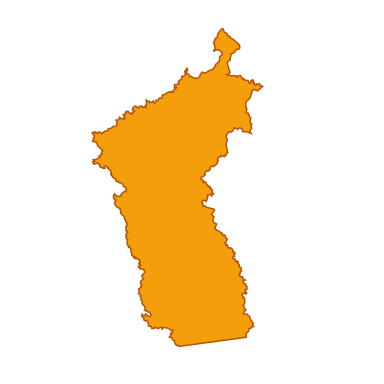 Altamira, Pará, Brazil, rotated 348°
{"feature_id": "56859067B40794450496810", "entity_name": "Altamira", "entity_type": "district", "adm_level": 2, "iso_a3": "BRA", "parent_name": "Brazil", "parent_adm1": "Pará", "projection": "mercator", "projection_center": [-53.684, -6.317], "detail": "fine", "context": "isolated", "style": "filled", "palette": "amber", "viewbox_px": 384, "rotation_deg": 348, "n_neighbors": 0, "source": "geoboundaries", "source_scale": "gbopen_adm2", "svg_char_len": 6052}
<svg xmlns="http://www.w3.org/2000/svg" viewBox="0 0 384 384"><g transform="rotate(348 192 192)"><path d="M268.7,61.0L269.0,58.1L264.1,51.3L261.5,49.2L261.8,48.0L259.2,46.0L259.3,44.4L256.7,42.1L256.4,39.0L255.0,38.6L250.4,42.2L248.5,46.5L246.5,46.6L245.6,49.1L244.7,49.4L244.0,50.7L244.6,51.7L244.4,56.7L242.0,59.0L245.3,58.0L248.2,58.9L250.6,62.1L250.2,63.5L247.3,65.4L245.9,69.9L241.5,72.2L241.1,73.5L237.1,76.8L234.8,76.6L229.7,78.5L226.8,76.8L224.1,79.3L223.7,80.9L220.1,81.9L216.4,80.1L215.4,78.7L213.8,78.9L213.3,76.1L211.7,75.5L211.5,73.2L213.2,71.9L212.8,70.0L209.8,72.8L210.2,75.3L209.7,76.0L207.4,77.2L206.0,76.7L205.7,79.1L202.3,80.4L201.3,81.6L201.9,82.6L201.4,83.7L197.2,83.4L196.6,86.4L198.4,86.3L197.8,87.5L194.9,88.6L194.5,90.6L193.4,89.5L191.8,90.2L191.3,89.2L188.6,89.6L185.5,91.1L183.3,90.8L181.9,94.1L179.5,93.4L177.8,95.0L175.8,94.8L175.8,96.1L174.1,97.2L172.9,96.3L173.2,95.0L171.1,96.0L169.0,95.5L169.2,94.3L167.8,94.4L166.4,92.5L165.5,97.1L164.1,98.0L164.6,99.4L163.9,98.9L161.5,99.4L161.3,97.8L158.6,97.1L156.9,98.6L154.7,96.2L153.1,96.4L151.8,97.3L150.7,100.0L152.6,100.8L149.9,103.1L149.5,102.1L148.6,103.0L147.5,102.4L146.3,99.8L144.2,99.5L144.0,100.9L143.4,100.7L142.1,102.6L140.9,102.2L141.7,104.0L140.8,104.7L141.7,106.1L141.2,106.5L138.7,106.2L136.7,103.8L136.0,105.2L134.2,106.2L132.7,105.9L133.2,109.3L131.2,111.9L128.5,111.5L125.7,113.0L123.4,112.6L122.3,114.4L119.2,114.5L116.1,116.1L113.9,113.9L112.2,114.2L111.9,115.0L109.9,113.2L109.5,114.0L108.3,112.9L106.6,113.4L108.1,116.8L107.6,118.5L106.7,118.9L107.1,119.9L105.2,121.6L109.2,123.8L109.3,127.2L113.3,133.0L111.7,134.3L111.7,136.2L111.0,135.9L109.2,138.1L108.6,137.7L108.8,139.1L104.6,140.2L102.3,139.9L103.1,141.6L101.3,141.5L101.1,143.0L102.0,144.5L104.3,144.0L106.4,144.6L107.5,146.8L107.0,148.0L110.7,150.7L111.8,150.5L111.1,149.7L111.6,148.7L113.6,148.6L114.4,150.7L115.1,150.7L115.3,152.6L116.8,153.9L117.0,156.3L116.3,157.1L117.1,158.7L116.5,158.7L118.4,162.3L119.7,162.9L120.0,165.8L122.1,166.2L122.2,167.4L125.3,168.8L126.0,171.7L127.1,173.3L128.3,173.7L128.0,176.9L127.3,177.9L126.2,177.3L123.3,178.7L122.1,179.6L121.9,181.3L117.3,180.5L116.0,177.7L114.7,178.8L113.9,181.3L114.7,183.3L116.0,184.1L114.0,186.5L114.1,188.4L115.6,191.3L118.3,193.3L117.9,194.8L118.5,196.3L117.7,197.7L120.6,202.2L120.5,204.7L121.4,205.8L120.8,207.4L121.8,208.5L121.7,210.8L119.8,212.7L120.1,215.6L119.3,215.9L120.6,217.9L118.6,219.7L119.1,221.7L117.9,222.0L118.2,224.2L119.2,225.0L118.0,227.4L117.9,230.5L118.7,231.6L118.2,233.1L119.6,233.1L120.4,234.5L119.8,238.2L120.7,239.4L119.8,241.4L122.7,243.7L121.4,244.1L122.7,245.6L124.7,245.5L125.3,246.9L126.5,247.3L126.5,250.1L125.7,250.3L126.2,252.2L125.4,251.8L125.8,253.2L125.1,254.1L124.2,253.6L124.3,255.1L125.8,256.6L128.7,257.7L129.1,260.7L125.4,263.5L126.3,267.1L123.2,268.5L122.7,270.7L123.6,272.0L122.5,273.2L122.8,274.3L119.8,275.6L119.6,279.1L118.5,280.1L120.3,282.3L119.6,283.4L120.5,285.2L119.6,286.8L120.7,288.6L119.9,291.1L121.8,293.8L122.1,296.8L121.0,297.7L125.6,301.2L126.4,303.8L125.5,305.0L124.0,305.0L121.3,301.6L119.9,303.1L118.5,302.5L117.8,301.2L117.0,303.3L118.7,305.3L118.4,307.4L119.4,308.4L121.2,308.0L122.0,311.5L121.6,314.1L124.0,314.8L124.3,317.2L126.8,317.6L127.8,316.6L130.7,318.8L132.0,317.8L133.8,318.0L134.3,319.9L135.5,318.4L140.7,320.4L142.1,322.6L144.4,322.9L144.3,324.1L142.7,325.1L143.3,325.9L141.5,326.3L142.0,327.3L139.7,329.2L141.7,330.1L142.3,332.6L143.9,334.2L144.0,337.3L145.3,338.9L146.3,338.8L147.1,340.3L214.9,345.4L215.4,341.6L218.4,340.1L219.1,337.6L221.2,337.5L222.6,336.3L224.3,336.5L223.8,335.0L224.6,333.3L222.3,327.6L222.6,325.9L220.0,322.7L217.3,322.1L217.1,320.8L220.3,318.4L218.9,316.8L219.2,314.2L218.5,313.3L220.3,311.8L221.4,307.8L220.7,305.7L219.9,305.8L220.3,305.1L219.3,302.9L220.7,301.8L224.1,303.0L224.5,301.8L223.3,300.9L224.1,299.8L223.4,299.2L224.6,298.1L225.6,298.4L226.1,296.2L224.9,294.1L225.4,293.1L223.4,291.6L223.1,289.6L225.7,289.2L223.7,287.2L223.7,285.2L222.3,285.1L220.6,283.0L222.3,281.8L222.5,280.3L224.2,279.5L223.7,278.5L224.4,276.5L222.6,274.8L223.1,272.9L221.7,270.6L222.6,270.3L221.8,268.8L220.3,269.1L219.7,267.4L220.2,266.5L217.9,265.4L218.4,264.2L220.3,263.6L219.6,262.5L221.4,261.2L221.2,259.8L219.4,259.0L220.0,258.5L219.7,256.4L218.0,254.5L216.4,254.5L215.4,253.3L215.8,251.8L215.2,250.9L214.4,251.3L214.3,249.6L213.3,248.7L214.7,248.2L216.8,245.4L215.4,243.7L215.5,241.2L212.8,240.5L213.1,238.8L206.6,232.7L209.4,228.4L206.9,226.4L206.5,224.2L208.3,220.7L206.4,218.2L210.2,214.8L209.7,213.1L202.9,210.0L201.6,208.0L199.7,208.1L200.1,205.4L199.5,204.6L200.9,202.6L202.4,202.8L203.9,204.3L206.6,199.9L206.1,198.8L206.6,198.2L209.1,198.2L210.4,200.0L211.2,198.5L212.2,198.8L212.7,198.0L211.3,196.4L212.3,195.3L212.1,194.0L211.3,192.5L210.2,192.4L210.8,190.6L209.1,190.2L209.3,189.2L207.9,187.7L207.3,185.0L206.2,184.5L205.2,185.2L205.4,183.0L203.2,181.3L204.1,179.6L206.2,179.3L208.6,177.8L208.2,176.0L209.9,174.6L212.5,174.8L214.3,173.9L214.6,172.3L215.9,171.1L217.1,170.6L218.3,171.6L222.1,169.8L223.2,167.6L224.1,167.3L223.8,165.1L225.8,163.3L226.9,163.0L227.6,163.7L228.7,162.6L231.2,164.2L232.9,162.9L232.6,162.3L235.1,161.1L235.1,154.4L236.0,150.7L237.4,148.4L236.6,144.9L238.8,142.1L241.1,140.9L242.5,141.5L244.2,140.9L247.3,138.0L249.6,140.3L251.1,139.1L253.3,139.8L254.3,141.3L254.0,143.5L258.6,144.7L261.9,147.0L261.3,145.3L262.0,143.4L263.7,142.1L263.3,140.8L264.5,137.8L263.2,136.8L264.9,131.3L263.9,130.3L263.6,126.7L261.5,126.0L262.9,122.1L262.4,119.2L263.1,116.2L264.5,114.2L266.5,113.6L268.7,111.6L272.5,104.8L274.5,104.9L277.2,106.7L282.9,103.5L282.1,103.2L281.8,102.0L280.5,102.0L280.3,100.0L278.7,100.4L277.9,99.8L276.6,100.9L275.9,100.4L275.6,98.2L274.9,98.6L274.4,98.1L275.2,95.6L274.3,94.8L272.5,95.8L271.9,97.6L270.4,97.1L270.1,94.7L266.6,93.4L266.2,91.9L265.2,92.1L263.3,88.0L261.2,88.0L260.2,89.2L258.8,87.4L254.1,86.4L250.6,84.5L253.2,83.8L254.1,82.8L253.1,73.1L255.1,71.4L256.5,71.2L259.1,64.9L261.7,64.7L265.1,61.9L267.7,62.0L268.7,61.0Z" fill="#f59e0b" stroke="#b45309" stroke-width="1.5"/></g></svg>